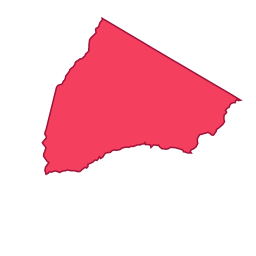 Divinópolis de Goiás, Goiás, Brazil, rotated 211°
{"feature_id": "56859067B20210197400303", "entity_name": "Divinópolis de Goiás", "entity_type": "district", "adm_level": 2, "iso_a3": "BRA", "parent_name": "Brazil", "parent_adm1": "Goiás", "projection": "albers", "projection_center": [-46.533, -13.221], "detail": "fine", "context": "isolated", "style": "filled", "palette": "rose", "viewbox_px": 256, "rotation_deg": 211, "n_neighbors": 0, "source": "geoboundaries", "source_scale": "gbopen_adm2", "svg_char_len": 2228}
<svg xmlns="http://www.w3.org/2000/svg" viewBox="0 0 256 256"><g transform="rotate(211 128 128)"><path d="M45.8,209.8L56.0,209.9L84.2,209.6L98.1,209.5L119.2,209.3L123.3,209.2L149.7,209.0L158.9,209.0L206.7,208.7L205.7,207.4L206.3,204.2L206.0,202.4L205.4,200.2L205.7,198.3L206.7,197.0L206.4,195.5L204.4,193.3L204.8,191.3L205.5,188.9L206.2,186.3L206.3,183.7L205.4,181.7L204.4,179.4L202.9,177.0L202.4,175.3L201.4,174.4L201.6,171.7L202.5,169.6L202.0,167.7L202.7,165.5L203.2,163.6L204.8,162.5L205.3,160.8L206.2,159.3L206.9,157.6L206.5,155.6L206.3,152.9L207.2,150.3L207.9,148.3L207.5,146.2L207.7,144.1L207.9,142.2L208.1,140.4L207.5,139.1L207.0,136.3L207.5,134.9L207.1,131.8L208.6,130.1L209.9,128.6L210.2,126.1L197.3,84.2L197.0,82.0L196.2,79.9L193.8,78.7L192.9,77.3L193.3,75.4L193.9,71.4L192.6,70.6L189.7,69.6L188.1,68.7L187.2,64.6L186.9,62.5L185.8,60.3L180.1,57.8L178.1,57.6L178.5,52.0L177.5,49.0L174.4,46.1L173.1,48.2L172.7,50.2L170.7,50.9L169.7,52.1L168.3,53.8L166.2,54.3L163.8,54.6L162.3,56.8L161.0,58.3L159.4,59.2L158.7,60.8L157.2,61.2L154.5,62.2L152.9,63.3L151.2,64.1L149.8,64.3L148.3,64.9L146.8,66.0L146.3,67.7L145.2,70.8L144.2,72.3L142.8,72.4L142.5,74.6L143.7,76.1L141.8,78.8L140.6,80.6L139.8,83.5L137.9,84.3L137.5,86.7L137.7,88.7L135.7,87.8L134.6,90.3L134.6,93.7L133.9,95.5L130.6,98.0L130.1,100.2L128.6,102.0L127.0,102.6L125.8,103.5L123.8,105.3L122.9,107.4L121.2,109.4L119.1,111.1L117.2,111.9L116.1,113.7L114.3,114.6L113.1,115.9L111.1,118.5L108.5,120.1L107.7,121.7L105.9,122.6L105.9,124.1L104.4,122.9L102.2,124.1L100.1,125.0L98.3,123.1L97.9,124.8L97.5,126.4L96.3,127.3L94.3,127.9L92.8,129.1L91.4,128.2L88.1,127.7L86.3,128.8L84.8,129.2L83.0,130.7L82.2,132.2L81.4,133.5L79.8,134.1L78.2,135.1L75.5,136.0L72.1,136.9L69.5,137.3L68.3,136.2L66.5,136.9L64.1,137.3L60.9,139.2L62.5,139.8L62.6,141.9L60.9,144.3L60.0,146.9L60.3,150.8L61.9,152.6L63.1,154.9L63.2,159.2L61.8,160.4L59.8,162.6L58.1,164.3L57.1,165.6L54.2,165.4L52.6,165.1L51.1,165.9L50.7,170.6L51.4,172.2L50.2,174.8L49.4,177.3L48.6,179.6L48.5,183.1L50.4,185.0L52.3,188.6L51.6,190.8L51.6,192.3L53.7,193.5L53.0,196.4L52.0,197.7L52.5,199.8L52.4,201.6L51.2,203.6L49.2,204.9L49.6,206.4L49.5,208.0L47.3,208.5L45.8,209.8Z" fill="#f43f5e" stroke="#9f1239" stroke-width="1.5"/></g></svg>